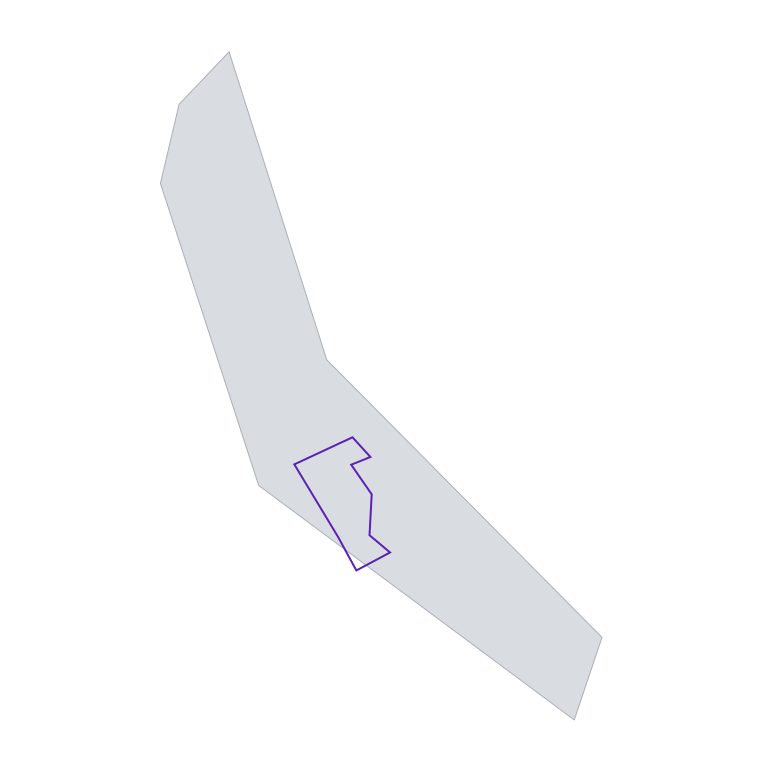 Bermuda, with Smith's highlighted, rotated 96°
{"feature_id": "BMU-5142", "entity_name": "Smith's", "entity_type": "state/province", "adm_level": 1, "iso_a3": "BMU", "parent_name": "Bermuda", "parent_adm1": "", "projection": "mercator", "projection_center": [-64.729, 32.316], "detail": "fine", "context": "in_parent", "style": "outline", "palette": "violet", "viewbox_px": 768, "rotation_deg": 96, "n_neighbors": 0, "source": "natural_earth", "source_scale": "10m", "svg_char_len": 442}
<svg xmlns="http://www.w3.org/2000/svg" viewBox="0 0 768 768"><g transform="rotate(96 384 384)"><path d="M498.0,498.0L207.8,627.3L127.2,617.0L69.8,572.8L365.9,443.5L613.2,140.7L698.2,159.7L498.0,498.0Z" fill="#d9dde1" stroke="#a8b0b8" stroke-width="1"/><path d="M495.0,384.7L535.9,382.6L550.9,360.4L572.3,392.0L540.9,413.7L473.3,464.8L440.3,409.8L458.0,389.9L467.7,408.2L495.0,384.7Z" fill="none" stroke="#5b21b6" stroke-width="2"/></g></svg>